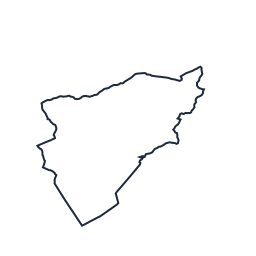 outline of Santana do Acaraú, Ceará, Brazil, rotated 241°
{"feature_id": "56859067B27753760045626", "entity_name": "Santana do Acaraú", "entity_type": "district", "adm_level": 2, "iso_a3": "BRA", "parent_name": "Brazil", "parent_adm1": "Ceará", "projection": "equal_earth", "projection_center": [-40.133, -3.498], "detail": "fine", "context": "isolated", "style": "outline", "palette": "slate", "viewbox_px": 256, "rotation_deg": 241, "n_neighbors": 0, "source": "geoboundaries", "source_scale": "gbopen_adm2", "svg_char_len": 3089}
<svg xmlns="http://www.w3.org/2000/svg" viewBox="0 0 256 256"><g transform="rotate(241 128 128)"><path d="M191.5,64.3L189.6,63.8L188.4,63.2L187.3,62.7L185.8,62.2L184.0,62.4L182.1,62.7L180.3,63.0L178.9,62.8L177.5,62.7L175.9,62.6L174.7,62.0L173.9,63.1L172.8,63.5L171.0,63.4L169.5,63.9L167.7,64.5L166.0,65.8L164.4,65.7L163.1,65.4L161.7,64.8L160.5,63.3L159.2,61.2L157.9,59.6L156.4,59.7L154.5,59.2L154.8,54.3L155.5,49.2L156.4,40.1L155.2,40.2L154.1,40.6L152.7,40.9L151.7,41.7L150.5,41.9L148.8,41.6L146.9,40.7L145.8,40.1L144.6,40.2L143.4,39.8L142.1,39.5L140.8,39.2L139.5,39.4L138.3,38.3L136.8,37.0L135.8,35.6L134.8,34.5L129.5,38.5L128.6,39.7L127.1,40.9L125.6,41.5L124.4,42.0L123.0,41.9L121.6,42.5L120.5,41.2L119.2,39.6L118.1,38.5L116.7,38.0L115.1,36.9L94.9,38.0L91.9,38.3L88.6,38.5L79.7,39.3L76.7,39.5L70.5,40.0L64.8,40.5L64.5,57.2L64.3,60.3L64.4,62.2L66.4,81.1L67.0,83.1L76.8,85.6L77.8,87.8L82.0,99.2L84.9,106.9L90.3,120.9L91.5,121.9L92.5,121.4L93.7,122.6L93.9,124.9L94.6,126.3L95.7,125.2L96.9,124.2L96.5,126.3L95.9,127.8L94.7,128.6L96.4,130.9L96.0,132.4L95.6,133.7L95.1,135.0L95.0,137.5L96.0,139.6L96.7,141.5L96.4,144.1L96.7,145.8L96.0,147.3L95.9,149.1L96.0,151.5L96.2,153.4L95.9,155.2L95.4,157.3L94.5,158.4L93.5,159.7L92.1,161.7L90.6,162.8L90.5,164.3L91.7,165.3L92.6,166.2L93.6,166.5L96.0,166.6L97.9,167.7L99.8,168.4L101.1,167.2L102.7,167.2L104.6,166.8L105.3,168.6L106.2,169.8L106.7,171.3L106.9,173.4L107.8,175.1L109.1,176.8L110.0,178.1L112.2,176.0L113.3,178.8L114.8,180.0L114.9,181.9L113.3,183.4L113.2,185.6L112.2,187.3L111.1,189.3L111.1,190.8L112.2,192.0L112.8,194.0L114.0,196.2L115.4,196.7L116.6,197.6L117.0,198.9L117.7,200.0L119.4,200.5L120.7,201.9L121.3,203.8L121.0,206.0L121.1,208.6L122.1,210.4L123.6,211.3L125.0,213.1L125.6,212.1L126.8,211.1L128.2,209.7L130.3,209.0L131.8,209.0L132.9,209.6L134.1,210.3L134.6,211.7L135.0,213.2L136.6,214.4L137.4,215.4L138.5,218.0L139.2,219.2L140.5,219.6L142.2,220.1L143.6,220.6L144.8,221.5L146.5,221.0L146.7,218.6L146.5,216.8L146.8,214.7L146.7,212.1L147.0,210.2L147.4,207.6L147.8,205.5L147.7,204.0L147.6,201.5L147.6,199.2L146.3,199.0L145.1,199.1L144.1,198.2L144.1,196.1L146.3,193.8L147.2,193.0L148.3,191.8L149.0,190.8L149.9,189.7L151.1,188.6L152.1,187.8L154.1,185.2L157.1,181.1L158.7,178.8L160.0,177.0L160.8,176.0L162.3,174.0L163.8,173.2L164.9,171.7L165.7,170.4L166.8,170.1L167.8,169.5L168.8,167.5L169.5,166.0L170.2,164.3L171.0,162.7L171.6,160.6L171.2,158.2L170.6,156.2L170.4,154.3L170.4,152.5L170.2,149.8L170.1,147.4L169.6,145.8L169.9,144.4L170.8,143.2L170.6,141.1L170.8,139.5L171.6,138.0L172.5,136.5L172.6,134.6L172.7,132.8L172.4,130.9L172.7,129.1L173.4,127.3L173.7,125.8L173.3,124.1L173.2,121.8L173.1,120.0L172.5,118.5L172.2,117.0L173.1,114.6L173.3,112.6L173.7,110.7L174.1,109.3L175.1,108.3L176.6,106.5L177.4,104.8L177.6,103.0L177.2,101.4L177.2,99.4L178.1,97.2L179.3,95.7L181.1,95.3L182.5,94.1L183.5,92.8L184.7,92.3L185.2,90.8L185.5,89.4L186.1,88.1L187.0,86.2L188.2,85.0L188.9,83.0L188.9,80.8L189.3,79.1L190.1,77.0L189.9,74.9L190.4,72.8L191.4,71.6L191.6,70.0L191.7,67.7L191.7,65.8L191.5,64.3Z" fill="none" stroke="#1e293b" stroke-width="2"/></g></svg>